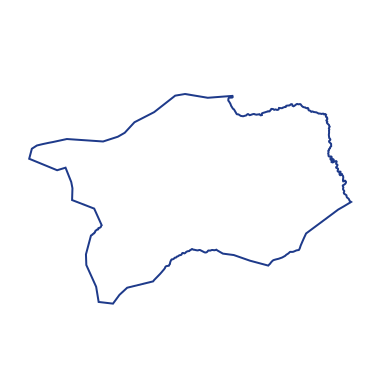 Erdenebu'ren, Hovd, Mongolia, rotated 351°
{"feature_id": "93677404B52597383126449", "entity_name": "Erdenebu'ren", "entity_type": "district", "adm_level": 2, "iso_a3": "MNG", "parent_name": "Mongolia", "parent_adm1": "Hovd", "projection": "natural_earth1", "projection_center": [91.409, 48.452], "detail": "fine", "context": "isolated", "style": "outline", "palette": "blue", "viewbox_px": 384, "rotation_deg": 351, "n_neighbors": 0, "source": "geoboundaries", "source_scale": "gbopen_adm2", "svg_char_len": 6115}
<svg xmlns="http://www.w3.org/2000/svg" viewBox="0 0 384 384"><g transform="rotate(351 192 192)"><path d="M46.1,121.8L40.6,124.2L36.4,133.7L62.2,149.4L70.9,148.2L74.3,163.3L74.5,169.6L72.3,181.2L92.8,193.1L97.6,210.7L97.1,211.1L96.6,212.1L96.1,212.5L95.3,212.9L94.3,213.0L93.9,213.1L93.6,213.5L93.5,214.2L93.2,214.3L92.9,214.4L92.4,214.3L92.0,214.4L91.7,214.7L91.1,215.0L90.7,215.1L90.6,215.4L90.0,216.1L89.8,216.7L89.5,216.9L89.1,217.0L89.0,217.3L88.9,217.5L88.5,217.6L87.6,218.0L87.3,218.1L87.2,218.4L86.7,218.7L85.4,219.2L77.5,237.0L76.2,247.6L82.5,270.6L82.6,286.0L96.5,289.9L104.3,282.2L113.0,276.4L139.6,274.2L141.0,272.9L147.7,267.9L152.3,264.0L153.1,263.2L153.4,262.9L153.6,262.4L154.0,261.8L155.0,261.2L155.3,261.2L155.8,261.2L157.2,261.2L157.6,261.2L157.9,260.9L158.3,260.1L158.9,259.7L159.5,257.9L160.2,256.8L160.7,256.0L161.4,255.4L162.3,255.5L163.6,255.1L164.1,254.7L164.5,254.3L164.9,254.2L165.5,254.3L166.0,254.2L166.9,253.5L167.2,253.4L167.6,253.4L168.0,253.3L168.7,253.0L169.6,252.5L170.1,252.5L171.0,252.5L171.6,252.3L171.9,252.1L172.5,251.2L173.0,250.8L173.7,250.8L174.7,251.4L175.1,251.4L175.9,251.1L176.7,250.4L178.0,249.9L179.1,249.8L179.7,249.9L180.2,249.8L180.5,249.5L180.9,249.2L181.8,249.0L182.7,248.4L183.3,248.4L183.8,248.8L184.2,249.2L184.7,249.2L187.2,250.2L188.2,250.5L188.7,250.6L190.1,250.4L190.7,250.5L191.3,250.9L195.0,253.6L196.0,253.9L196.4,253.9L197.2,253.7L198.0,253.2L198.7,252.5L199.1,252.4L199.6,252.4L200.1,252.6L200.6,252.7L201.2,252.7L201.8,252.5L202.7,252.4L203.6,252.6L204.8,253.0L206.1,253.0L207.0,252.8L207.5,253.3L208.4,254.1L212.9,257.7L223.4,260.8L238.5,268.9L255.8,276.6L257.2,275.5L258.0,275.0L258.4,274.5L259.5,273.5L260.6,272.7L261.2,272.3L262.1,272.0L263.6,271.8L264.5,271.7L267.0,271.5L267.6,271.4L270.8,270.8L274.1,269.6L274.9,269.0L275.4,268.7L277.5,267.8L279.3,266.6L279.7,266.5L281.3,266.8L282.4,266.9L283.9,266.6L285.6,266.1L286.4,266.0L288.4,266.0L289.0,265.4L289.8,264.2L290.9,262.0L294.9,255.7L298.2,250.8L333.7,232.2L340.0,229.8L347.6,226.7L347.3,226.4L346.8,226.0L346.4,225.6L346.2,225.0L346.0,224.2L345.8,223.5L345.5,223.0L344.2,221.6L344.0,220.9L344.0,219.4L343.1,218.4L342.3,217.8L341.9,217.3L341.8,216.4L342.4,215.4L342.5,214.7L341.9,213.7L341.6,212.8L341.8,212.1L342.2,211.3L341.9,209.7L341.9,209.3L342.3,208.9L343.3,208.6L344.1,208.2L344.8,207.7L345.5,206.8L345.7,206.1L345.5,205.6L345.2,205.4L345.1,204.9L344.7,204.7L343.5,205.2L343.0,205.1L342.9,204.3L343.0,203.6L343.7,201.3L343.7,199.9L343.0,198.7L343.0,197.9L342.8,197.7L342.6,197.8L342.0,198.5L341.7,198.6L341.0,198.6L340.8,198.4L340.6,198.1L340.5,197.6L340.5,197.1L340.6,196.8L340.9,196.6L341.5,196.4L341.7,196.0L341.8,195.5L341.8,195.2L341.4,195.0L341.0,194.9L340.4,195.0L339.8,195.0L339.4,194.6L339.1,194.1L339.2,193.7L339.6,192.9L339.9,192.2L339.8,191.7L338.6,190.9L338.2,190.5L338.3,190.0L338.9,189.7L339.5,188.9L339.9,188.2L339.8,187.7L339.0,187.1L338.8,186.7L338.8,186.3L339.4,185.1L339.6,184.5L339.3,184.1L338.5,184.0L337.5,184.2L336.5,184.6L335.5,184.8L334.9,184.5L334.5,184.2L334.6,183.9L335.7,183.9L336.3,183.5L336.9,182.8L337.0,182.2L336.7,181.8L336.2,181.5L334.5,182.0L334.2,181.9L333.9,181.4L333.9,180.9L335.2,180.1L335.4,179.5L335.3,179.0L334.8,178.6L333.9,178.6L333.2,178.6L332.8,178.1L332.5,177.7L332.6,177.1L332.7,176.3L332.5,175.4L333.1,174.1L333.0,172.8L333.6,172.5L333.8,172.2L333.8,171.6L333.9,171.2L335.1,170.5L335.1,170.0L335.4,169.5L336.0,169.0L336.6,168.6L336.8,167.2L336.9,166.1L336.3,165.3L335.4,164.2L335.3,163.3L335.6,162.9L336.5,162.4L336.8,162.0L336.8,161.5L336.4,160.6L336.0,160.2L336.0,159.0L336.1,156.9L336.6,155.2L336.8,154.1L336.9,152.8L337.4,151.7L337.3,151.3L337.1,150.7L337.3,150.2L337.7,149.8L337.9,149.5L338.0,149.1L338.2,148.8L337.8,148.3L337.8,147.3L337.6,147.0L336.3,145.3L336.3,144.9L336.1,144.6L336.3,144.1L336.6,143.8L336.6,143.4L336.4,143.1L336.1,142.9L335.9,142.4L336.0,142.2L336.6,141.7L337.0,141.3L337.1,140.7L336.9,140.4L337.1,139.7L337.0,139.4L336.6,139.0L336.3,138.9L336.1,138.6L336.1,137.6L336.2,137.2L336.3,136.9L336.5,136.7L336.2,136.2L335.9,135.9L335.4,135.8L335.1,136.0L334.6,136.0L334.3,135.4L333.7,135.1L333.3,135.1L332.5,135.2L332.0,135.1L331.7,134.9L330.7,134.6L330.1,134.4L329.5,134.4L329.0,134.1L328.6,133.7L327.6,133.0L327.1,132.7L326.5,132.6L325.4,132.2L324.9,132.1L324.4,131.8L323.9,131.4L323.6,131.3L322.4,131.5L322.2,131.3L322.1,131.2L322.1,130.9L321.9,130.7L321.6,130.4L321.0,130.0L320.4,129.8L320.0,129.3L319.9,129.0L319.8,128.6L320.0,128.2L319.9,127.7L319.7,127.3L319.5,127.1L319.2,127.1L318.4,127.2L317.9,127.0L316.9,126.1L316.2,126.0L315.6,125.7L315.4,125.5L315.0,125.4L314.0,124.3L313.0,122.4L312.5,122.1L312.1,122.1L311.8,122.0L311.3,122.1L310.8,122.0L310.4,121.9L309.7,121.5L309.0,121.6L306.6,122.9L305.7,123.2L304.8,122.6L304.7,122.0L304.7,121.2L304.3,120.9L303.7,120.8L303.2,120.9L302.5,121.4L301.9,121.7L299.8,121.6L299.0,121.6L298.6,121.6L298.3,122.0L298.1,122.5L297.6,122.7L296.9,122.5L295.2,122.9L294.8,122.9L294.6,123.1L293.9,123.3L293.1,123.1L292.3,122.9L291.8,122.8L291.5,122.7L291.1,122.6L290.8,123.2L290.5,123.9L290.3,124.1L289.4,124.3L288.9,124.2L288.3,124.0L287.7,123.6L287.2,123.5L286.2,123.7L285.9,123.6L285.4,123.1L285.1,122.8L283.9,122.4L283.3,122.4L282.9,123.1L282.2,123.5L281.3,124.4L280.6,124.5L280.1,124.3L279.8,124.1L279.2,124.4L278.4,124.4L276.8,124.7L274.4,125.0L273.3,125.4L273.1,126.2L273.1,126.9L272.4,127.0L271.8,127.0L271.3,126.5L270.9,125.9L270.7,125.7L269.6,125.8L268.8,125.7L267.7,125.7L266.2,125.1L265.6,124.7L264.8,124.6L263.9,124.7L261.7,125.1L260.9,125.1L259.7,123.9L259.2,123.8L258.5,124.1L257.6,124.8L254.3,125.2L253.4,124.9L252.0,124.4L250.6,123.1L250.0,122.6L248.7,122.3L248.3,121.9L246.4,117.0L245.8,116.5L245.4,116.0L244.1,112.9L243.8,111.2L243.4,110.0L242.6,108.1L242.2,107.5L242.2,107.2L242.2,106.8L242.4,106.4L242.6,105.5L242.9,105.1L243.4,104.7L244.2,104.6L244.6,104.8L245.4,104.9L246.4,105.0L246.7,104.9L246.9,104.8L247.1,104.0L247.0,103.4L222.3,101.4L200.4,94.1L190.5,94.2L167.1,107.2L146.1,114.1L134.8,123.0L127.4,125.8L112.1,128.2L76.7,120.1L62.1,120.9L58.5,121.0L52.6,121.3L49.8,121.5L46.1,121.8Z" fill="none" stroke="#1e3a8a" stroke-width="2"/></g></svg>